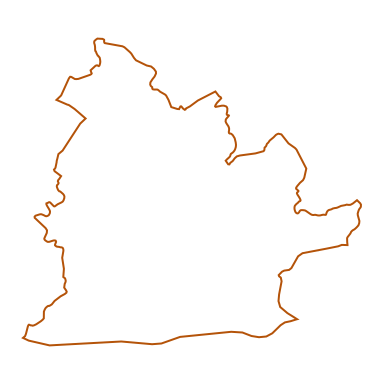 outline of Nitriansky
{"feature_id": "SVK-1054", "entity_name": "Nitriansky", "entity_type": "Region", "adm_level": 1, "iso_a3": "SVK", "parent_name": "Slovakia", "parent_adm1": "", "projection": "natural_earth1", "projection_center": [18.337, 48.233], "detail": "fine", "context": "isolated", "style": "outline", "palette": "amber", "viewbox_px": 384, "rotation_deg": 0, "n_neighbors": 0, "source": "natural_earth", "source_scale": "10m", "svg_char_len": 5379}
<svg xmlns="http://www.w3.org/2000/svg" viewBox="0 0 384 384"><path d="M347.5,245.1L341.8,244.9L338.2,246.3L326.2,248.7L302.5,253.2L298.1,256.3L291.4,268.1L289.1,269.9L284.2,270.6L282.0,271.7L278.7,275.1L279.1,276.3L280.8,277.6L281.6,281.3L279.1,294.4L278.5,301.1L280.2,307.0L287.5,313.2L297.1,319.2L296.7,319.3L290.6,321.2L284.9,322.4L280.6,325.2L272.3,333.3L266.3,336.5L259.0,337.2L251.5,336.0L242.4,332.5L231.2,331.8L180.1,336.9L161.4,343.5L152.1,344.2L121.3,341.5L64.1,344.6L49.6,345.4L28.7,340.6L23.0,337.9L25.1,336.1L26.0,333.7L27.9,326.3L28.4,325.2L28.9,324.7L29.5,324.8L30.5,325.3L31.0,325.4L31.6,325.4L32.1,325.5L32.7,325.7L34.1,325.3L36.2,324.3L40.9,321.2L42.7,319.7L43.8,318.4L43.9,311.6L44.8,309.4L45.7,307.9L47.0,306.7L47.8,306.1L48.4,305.9L48.9,306.0L49.9,305.6L51.8,304.4L54.6,300.9L60.6,296.3L64.8,294.0L66.4,292.7L66.7,291.6L65.9,290.1L64.2,287.6L64.7,283.9L65.2,282.8L65.6,281.8L65.7,280.6L65.4,279.4L65.1,278.4L63.3,277.0L63.9,268.8L62.2,257.8L63.4,250.8L63.3,249.2L62.7,247.9L62.0,247.5L61.4,247.3L60.6,247.3L60.1,247.2L59.1,246.9L57.3,246.7L56.5,246.5L55.4,245.7L55.0,245.2L55.1,244.4L56.1,241.9L55.7,240.7L54.9,240.4L53.4,240.5L49.3,241.8L47.9,241.9L46.9,241.5L45.2,240.3L44.5,239.5L44.3,238.5L44.8,237.3L46.8,232.9L47.0,230.3L45.6,228.1L34.7,217.8L34.6,216.7L35.5,215.7L39.6,214.4L41.0,214.2L41.8,214.4L43.6,215.1L45.3,216.0L46.0,216.2L46.7,216.2L47.5,215.9L48.1,215.6L48.8,215.1L49.2,214.5L49.9,213.0L50.0,211.2L49.2,209.4L47.1,205.9L46.4,204.4L46.4,203.4L48.1,202.7L49.0,202.2L49.5,202.2L50.2,202.5L53.7,206.1L54.2,206.4L54.9,206.3L57.6,204.3L61.7,202.3L62.8,201.5L63.5,200.4L64.3,198.1L64.4,196.3L63.9,195.1L63.1,194.0L60.6,191.8L60.0,191.4L59.3,191.3L58.7,190.7L58.0,189.8L57.0,187.3L56.8,186.2L57.0,185.2L57.7,184.6L58.5,183.5L58.5,182.6L57.9,181.6L57.9,180.9L58.3,180.0L59.4,178.7L61.1,176.1L54.6,171.2L54.3,170.5L54.0,169.5L54.6,169.0L55.1,168.4L55.5,167.6L56.6,162.3L56.7,161.0L57.0,159.8L57.3,158.8L58.4,154.1L62.6,150.6L80.2,123.6L85.6,118.5L74.6,109.0L69.1,105.2L68.2,104.8L67.5,104.7L56.5,99.9L60.8,95.8L61.3,95.1L68.9,78.4L70.1,76.8L70.8,76.8L71.6,77.1L74.8,79.0L76.3,79.1L78.4,78.9L89.9,74.9L91.2,74.2L91.7,73.5L91.5,72.8L91.2,72.3L90.6,70.3L95.4,65.9L96.1,65.5L97.1,65.3L97.7,65.6L98.8,66.1L99.3,65.7L99.7,64.9L100.2,62.9L100.3,61.5L100.1,59.7L99.7,57.7L99.4,57.3L99.2,57.0L98.9,56.8L98.6,56.5L98.4,56.0L98.3,55.9L97.9,55.7L97.7,55.6L97.6,55.3L96.5,53.3L96.2,52.3L96.0,51.8L95.8,51.4L95.5,51.3L95.3,50.7L95.1,49.8L95.1,47.6L95.0,46.3L94.8,45.0L94.2,43.0L94.2,41.9L94.4,41.1L95.7,39.8L97.4,38.6L102.6,38.9L103.3,39.3L104.1,39.7L104.2,40.4L104.1,41.3L104.3,42.6L104.8,43.1L122.5,46.3L124.5,47.3L129.9,52.1L131.3,53.6L134.0,57.9L136.0,60.3L146.7,65.5L151.1,66.5L153.9,68.8L155.9,71.6L156.0,73.5L154.6,76.5L152.4,79.3L150.4,82.4L150.2,84.5L150.7,85.8L151.4,86.5L152.2,87.2L152.3,88.7L152.9,89.3L154.0,89.5L157.0,89.5L157.9,89.8L158.8,90.5L160.1,91.7L165.0,94.5L166.1,95.5L168.5,99.9L171.3,107.1L177.4,109.0L179.1,109.1L179.2,108.8L179.8,107.6L180.4,106.5L181.0,106.3L181.4,106.5L183.0,108.5L184.7,109.8L185.3,109.6L185.6,109.4L185.6,109.0L185.8,108.7L186.3,108.3L189.9,106.4L197.9,100.5L215.4,91.5L219.0,96.2L220.7,97.2L221.2,98.2L220.6,99.0L217.0,102.8L215.4,105.3L215.1,106.4L215.7,106.9L221.8,105.7L224.0,105.7L226.1,106.4L226.9,107.2L227.4,108.7L227.3,110.2L227.2,111.6L226.7,113.7L226.8,114.6L227.3,115.0L228.7,115.3L228.9,115.6L228.5,116.2L226.5,118.5L225.8,119.5L225.6,121.6L226.4,123.3L228.5,126.5L229.1,128.3L229.1,130.2L228.8,132.0L229.0,133.0L229.6,133.5L230.3,133.5L231.4,133.9L232.8,135.2L234.7,138.3L235.7,142.4L236.0,144.9L235.8,147.0L235.2,149.0L234.5,150.5L233.5,151.8L232.7,152.6L231.0,153.8L230.6,154.4L230.4,155.2L230.2,156.0L229.7,156.8L229.0,157.5L227.0,159.3L225.7,160.7L228.2,164.3L229.4,164.4L230.2,163.0L230.9,162.4L232.6,161.1L233.1,160.5L234.7,158.3L236.8,156.4L239.9,155.5L255.5,153.4L263.5,151.2L264.2,150.4L264.4,149.6L264.5,148.6L264.6,147.6L265.7,146.6L266.2,145.9L266.5,145.1L266.7,144.4L267.0,143.8L268.4,142.5L269.3,141.1L270.0,140.3L273.6,137.3L275.9,134.9L277.3,134.1L278.4,133.7L281.4,134.4L288.5,143.4L295.0,148.0L296.5,149.6L306.3,168.6L304.3,177.6L303.8,178.7L303.0,180.2L300.0,182.8L297.2,186.1L296.2,187.6L296.1,188.7L298.4,190.8L298.4,191.3L298.0,191.8L297.1,192.5L296.9,193.3L297.4,194.5L299.4,197.6L300.4,199.6L300.5,200.6L300.1,201.1L298.9,201.6L297.9,202.8L296.3,204.1L294.9,205.7L294.5,207.1L294.5,209.0L294.9,210.6L295.4,211.9L296.1,212.8L296.7,213.2L297.4,213.4L298.0,213.3L298.6,212.8L299.1,212.2L299.7,211.1L300.3,210.5L301.1,210.1L302.2,210.1L303.5,210.2L304.9,210.4L305.9,210.9L310.7,214.2L311.9,214.8L313.0,215.0L313.7,215.0L315.0,214.8L315.7,214.9L317.8,215.4L319.0,215.5L320.2,215.4L322.6,214.8L323.8,214.7L325.3,214.9L325.8,214.8L326.0,214.6L326.1,214.3L326.3,213.7L326.6,212.6L327.3,211.3L328.1,210.5L328.9,210.0L330.8,209.5L331.7,209.2L332.6,208.6L334.6,208.1L336.3,207.9L337.6,207.5L341.1,205.9L345.3,205.1L346.1,204.8L346.8,204.6L348.3,204.9L349.2,204.9L350.4,204.8L351.6,204.2L353.0,203.4L357.0,200.2L360.3,203.4L360.6,204.0L361.0,204.8L360.9,205.3L360.9,206.3L360.8,206.9L360.5,207.5L359.4,208.9L358.9,209.8L358.4,211.1L357.7,213.5L357.8,215.2L359.4,221.0L359.2,223.2L358.4,225.4L356.6,227.4L355.1,228.8L354.0,229.6L352.7,230.3L351.8,231.1L351.1,231.9L350.4,233.5L347.6,237.1L347.1,238.1L347.2,242.1L347.5,245.0L347.5,245.1Z" fill="none" stroke="#b45309" stroke-width="2"/></svg>